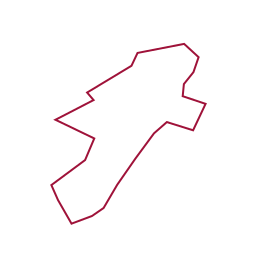 Namangan city, Namangan, Uzbekistan (Robinson projection), rotated 154°
{"feature_id": "79887680B13123627114568", "entity_name": "Namangan city", "entity_type": "district", "adm_level": 2, "iso_a3": "UZB", "parent_name": "Uzbekistan", "parent_adm1": "Namangan", "projection": "robinson", "projection_center": [71.661, 41.009], "detail": "fine", "context": "isolated", "style": "outline", "palette": "rose", "viewbox_px": 256, "rotation_deg": 154, "n_neighbors": 0, "source": "geoboundaries", "source_scale": "gbopen_adm2", "svg_char_len": 437}
<svg xmlns="http://www.w3.org/2000/svg" viewBox="0 0 256 256"><g transform="rotate(154 128 128)"><path d="M221.9,110.3L222.5,93.9L220.7,66.8L198.9,64.7L185.0,66.8L162.6,81.7L134.7,97.3L107.0,111.8L90.5,116.3L70.5,97.4L47.7,115.7L64.9,132.6L58.5,143.0L44.7,149.5L33.5,160.7L40.7,179.0L86.5,191.3L97.6,182.4L149.2,177.8L146.7,168.2L189.6,167.2L162.9,133.4L180.6,118.0L221.9,110.3Z" fill="none" stroke="#9f1239" stroke-width="2"/></g></svg>